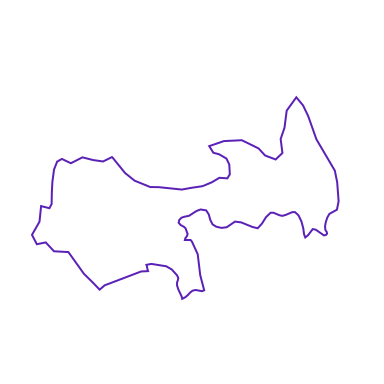 the border of Foča, rotated 14°
{"feature_id": "BIH-4807", "entity_name": "Foča", "entity_type": "state/province", "adm_level": 1, "iso_a3": "BIH", "parent_name": "Bosnia and Herzegovina", "parent_adm1": "", "projection": "equal_earth", "projection_center": [18.989, 43.593], "detail": "fine", "context": "isolated", "style": "outline", "palette": "violet", "viewbox_px": 384, "rotation_deg": 14, "n_neighbors": 0, "source": "natural_earth", "source_scale": "10m", "svg_char_len": 1844}
<svg xmlns="http://www.w3.org/2000/svg" viewBox="0 0 384 384"><g transform="rotate(14 192 192)"><path d="M223.9,219.8L219.7,218.4L216.4,214.5L213.7,209.7L210.2,206.4L204.5,206.9L200.8,209.5L194.9,215.8L190.3,218.0L187.9,219.6L186.4,222.3L186.5,225.1L189.0,226.8L192.8,227.8L194.6,228.9L197.9,233.8L197.8,235.9L196.7,238.6L196.7,240.3L202.2,238.9L204.0,240.2L212.6,251.0L220.1,270.7L227.6,284.4L225.8,285.8L219.2,286.2L216.3,287.7L215.8,288.4L214.5,290.1L212.9,293.0L210.9,295.8L208.3,298.0L207.5,296.4L207.4,296.1L202.3,289.8L200.0,286.1L199.4,283.4L199.6,281.1L199.5,278.8L197.7,276.5L191.0,272.0L184.9,270.3L170.0,271.6L165.4,273.7L166.2,275.0L167.7,278.1L168.5,279.4L161.9,281.4L129.8,303.7L126.0,309.1L118.1,304.1L106.9,297.5L86.6,280.2L72.4,282.9L62.3,276.3L54.1,280.2L47.1,272.3L51.2,257.7L49.0,242.2L57.6,242.2L58.7,237.6L56.2,226.8L54.1,216.1L52.7,203.6L53.8,195.1L54.1,194.9L55.8,193.2L57.8,191.4L67.5,193.4L77.3,184.9L88.6,184.9L98.3,183.9L105.9,177.5L106.4,177.7L122.5,189.8L133.6,194.9L150.4,197.3L158.2,195.4L171.5,193.5L181.5,192.1L189.7,188.4L200.8,183.8L209.0,177.7L215.1,171.6L223.0,170.2L224.4,165.6L221.5,156.3L217.3,151.2L209.0,148.8L203.3,148.8L197.6,143.3L210.6,134.9L227.8,129.7L246.0,133.6L254.1,138.9L265.3,140.2L270.3,132.3L265.2,119.1L266.2,107.3L264.2,90.1L266.3,84.9L270.3,74.9L278.8,81.1L286.5,90.4L299.9,110.7L325.4,136.7L330.5,147.4L336.5,165.5L336.9,174.1L330.6,180.0L329.5,183.9L329.1,188.6L329.4,193.1L330.6,196.6L332.4,198.2L333.1,199.7L332.6,201.0L330.6,202.2L321.1,198.6L318.1,198.8L315.0,206.0L312.9,208.7L310.9,205.8L308.8,200.4L305.3,194.1L301.0,188.9L296.8,186.6L294.1,187.3L288.3,191.7L285.4,193.3L282.4,193.4L276.1,192.4L273.3,193.1L269.9,198.5L267.5,205.8L264.5,211.3L259.0,211.3L247.1,209.6L240.9,210.3L234.2,217.8L229.3,219.7L223.9,219.8Z" fill="none" stroke="#5b21b6" stroke-width="2"/></g></svg>